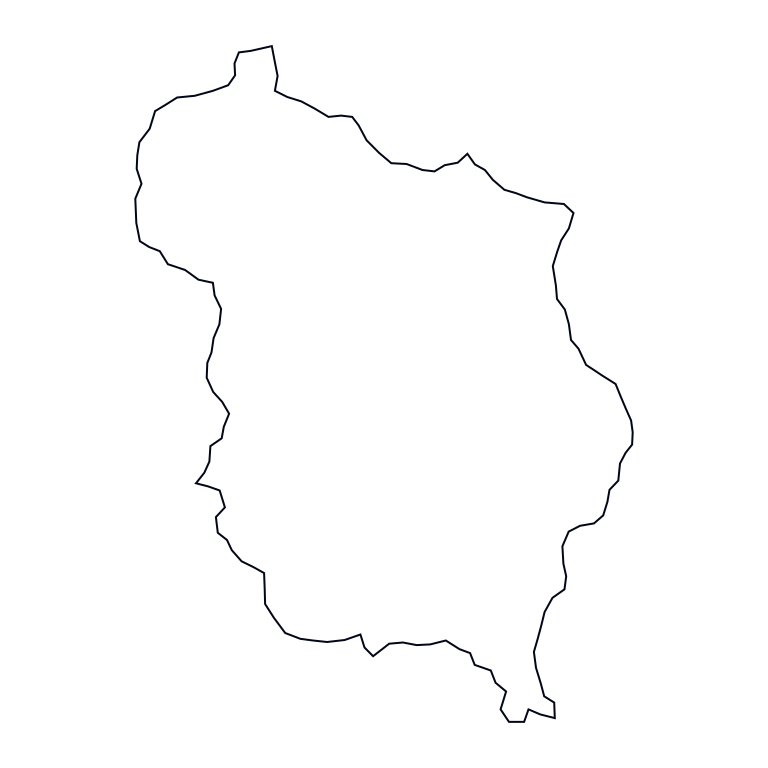 outline of Sericita, Minas Gerais, Brazil
{"feature_id": "56859067B8747364501961", "entity_name": "Sericita", "entity_type": "district", "adm_level": 2, "iso_a3": "BRA", "parent_name": "Brazil", "parent_adm1": "Minas Gerais", "projection": "robinson", "projection_center": [-42.459, -20.494], "detail": "fine", "context": "isolated", "style": "outline", "palette": "ink", "viewbox_px": 768, "rotation_deg": 0, "n_neighbors": 0, "source": "geoboundaries", "source_scale": "gbopen_adm2", "svg_char_len": 1901}
<svg xmlns="http://www.w3.org/2000/svg" viewBox="0 0 768 768"><path d="M155.1,111.1L149.7,128.7L139.4,142.2L137.3,155.3L136.7,168.8L141.5,183.8L135.3,198.7L136.3,222.9L139.9,241.2L149.1,247.0L159.8,251.2L167.9,264.2L185.1,270.0L198.5,279.7L212.9,282.8L214.6,295.4L221.1,308.9L219.4,324.3L213.6,338.1L211.5,352.4L207.3,363.0L206.7,377.7L213.2,392.0L222.2,401.9L229.1,413.7L223.8,426.8L221.7,438.3L210.4,446.1L209.4,461.5L204.4,472.6L196.0,483.3L208.1,486.4L219.7,490.5L224.9,507.4L215.9,517.1L217.8,532.8L227.0,540.0L231.8,550.2L241.6,561.3L253.8,567.3L264.1,573.1L264.7,589.1L265.1,604.0L273.9,617.8L285.2,633.0L300.3,638.8L313.0,640.5L327.1,642.0L344.7,640.0L360.4,634.5L364.5,647.5L373.1,656.2L389.2,643.7L402.9,642.5L416.7,645.1L430.3,644.4L445.8,640.5L459.6,649.2L470.1,653.1L474.7,664.9L490.8,670.5L495.6,682.8L506.1,691.5L500.6,709.4L509.0,721.9L524.1,721.9L528.5,709.4L540.2,714.4L554.8,718.1L554.2,702.6L544.2,696.3L540.8,683.5L536.0,667.8L533.9,651.9L537.7,638.8L541.2,625.8L544.6,612.0L552.5,597.8L564.5,589.3L566.2,576.3L563.4,563.7L562.4,546.3L568.7,531.6L580.0,525.8L594.0,523.4L603.2,515.4L607.4,501.9L609.5,489.8L618.3,480.6L620.0,463.5L625.6,452.8L632.1,444.6L632.7,432.3L631.1,420.5L625.8,408.6L620.4,395.8L615.6,384.0L602.6,375.8L586.1,364.9L578.5,348.7L571.0,340.0L568.9,324.3L564.9,309.6L557.0,299.0L555.9,285.5L552.8,266.1L557.4,251.2L561.2,240.3L568.9,228.4L573.5,213.0L563.9,204.0L544.6,202.4L527.0,197.3L516.1,193.2L504.4,189.8L492.9,179.9L484.9,170.0L474.9,164.4L467.4,153.8L457.7,162.7L444.7,165.2L434.5,171.4L422.5,170.0L406.6,164.0L391.3,163.2L379.0,152.8L366.6,140.3L358.7,125.5L352.2,116.9L341.1,115.6L328.5,116.9L314.7,108.6L301.3,101.4L287.3,97.0L274.9,90.8L277.6,76.0L274.9,62.3L271.8,46.1L261.3,48.5L250.6,50.9L238.9,52.4L234.5,63.5L235.1,75.3L228.2,85.2L212.9,90.8L194.7,95.8L177.1,97.5L166.4,104.3L155.1,111.1Z" fill="none" stroke="#020617" stroke-width="2"/></svg>